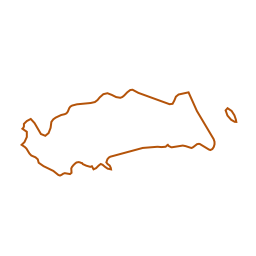 map outline of Northern Samar (Natural Earth projection), rotated 170°
{"feature_id": "PHL-2586", "entity_name": "Northern Samar", "entity_type": "Province", "adm_level": 1, "iso_a3": "PHL", "parent_name": "Philippines", "parent_adm1": "", "projection": "natural_earth1", "projection_center": [124.817, 12.409], "detail": "fine", "context": "isolated", "style": "outline", "palette": "amber", "viewbox_px": 256, "rotation_deg": 170, "n_neighbors": 0, "source": "natural_earth", "source_scale": "10m", "svg_char_len": 1649}
<svg xmlns="http://www.w3.org/2000/svg" viewBox="0 0 256 256"><g transform="rotate(170 128 128)"><path d="M62.2,152.6L57.2,132.8L45.6,102.2L45.2,99.4L45.6,97.0L46.8,94.5L48.6,92.6L50.7,92.0L52.0,92.7L60.1,99.8L60.9,100.1L62.8,100.1L67.2,97.8L68.8,97.3L69.8,97.7L74.3,100.1L77.1,101.2L88.3,101.4L89.0,101.7L91.0,103.2L91.3,103.7L91.7,104.5L92.6,104.1L93.5,103.4L94.3,103.0L98.4,103.4L102.2,104.4L116.9,105.8L150.4,102.8L152.0,102.2L153.7,100.8L155.3,97.9L154.3,96.0L152.6,94.2L151.9,91.8L151.9,90.2L155.1,91.5L157.5,93.9L159.4,96.2L161.1,97.3L163.4,96.1L166.4,94.0L169.1,93.3L170.2,96.6L171.9,96.3L175.6,98.1L178.8,100.3L179.3,101.4L180.3,101.8L181.3,102.5L182.6,103.0L184.7,103.0L186.1,102.3L188.2,100.9L190.0,99.3L190.9,98.0L191.4,93.7L193.1,92.7L198.1,94.5L199.9,94.2L201.6,93.4L203.2,93.0L204.7,93.8L209.0,98.7L217.8,105.1L222.0,109.3L222.3,112.8L224.2,115.2L228.0,117.7L229.5,120.0L231.6,125.4L232.9,127.2L235.7,129.9L232.4,132.1L229.2,136.7L228.3,141.8L232.1,145.6L230.9,146.5L230.2,147.7L229.8,150.1L226.5,152.4L222.2,153.8L219.2,149.1L214.8,137.2L210.8,134.7L207.1,136.8L204.2,141.6L202.4,147.3L200.1,149.5L197.4,150.8L191.5,152.4L187.9,152.6L186.1,153.1L184.5,154.5L182.3,157.9L181.0,159.1L179.1,159.8L174.2,160.2L160.5,159.1L156.1,159.3L153.2,160.8L150.5,163.1L146.4,165.6L142.2,165.8L138.2,163.4L134.3,160.5L130.3,159.1L128.2,159.5L126.2,160.6L122.5,163.3L119.2,165.0L116.9,164.9L111.7,160.8L82.9,144.2L79.9,144.1L77.6,147.0L75.4,150.5L72.4,152.2L62.3,152.6L62.2,152.6ZM26.5,130.2L23.0,126.8L21.0,122.0L20.3,117.5L20.3,115.2L21.9,115.6L25.0,118.2L27.9,123.0L28.8,128.4L26.5,130.2Z" fill="none" stroke="#b45309" stroke-width="2"/></g></svg>